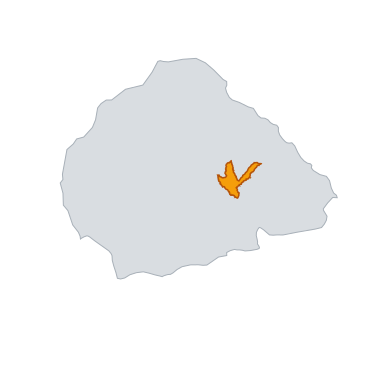 Tambores, Paysandú, Uruguay (highlighted), rotated 125°
{"feature_id": "84410073B26117167453327", "entity_name": "Tambores", "entity_type": "district", "adm_level": 2, "iso_a3": "URY", "parent_name": "Uruguay", "parent_adm1": "Paysandú", "projection": "natural_earth1", "projection_center": [-56.592, -32.019], "detail": "fine", "context": "in_parent", "style": "filled", "palette": "amber", "viewbox_px": 384, "rotation_deg": 125, "n_neighbors": 0, "source": "geoboundaries", "source_scale": "gbopen_adm2", "svg_char_len": 7010}
<svg xmlns="http://www.w3.org/2000/svg" viewBox="0 0 384 384"><g transform="rotate(125 192 192)"><path d="M294.5,256.4L292.4,258.3L290.1,262.0L287.4,270.8L278.4,283.0L276.6,289.8L267.0,297.0L260.2,305.1L255.8,304.9L251.8,308.3L228.9,318.8L220.8,316.8L214.7,316.9L209.1,312.2L196.2,310.6L188.2,312.4L177.3,317.5L174.1,317.4L171.7,317.2L165.9,315.0L162.7,310.6L146.0,305.4L132.6,293.6L116.8,293.4L104.6,294.9L102.7,293.4L101.5,290.3L99.0,286.0L88.5,275.6L80.2,265.3L78.5,255.2L79.6,244.1L82.0,231.1L81.6,227.0L84.6,224.7L87.6,224.2L90.5,220.8L93.1,215.7L93.5,211.8L91.5,204.7L90.0,194.7L88.3,189.7L91.6,181.8L91.8,178.0L89.8,174.6L89.3,171.2L90.2,167.6L90.0,164.2L88.7,160.9L89.6,158.2L92.7,156.1L95.0,152.8L96.5,148.4L97.2,145.0L97.3,142.7L96.3,140.5L94.4,138.4L95.3,134.3L98.9,128.1L101.3,122.7L102.3,117.9L102.2,114.0L101.0,111.1L101.5,109.1L103.8,108.1L104.8,105.0L104.4,97.3L102.1,90.9L103.8,85.9L108.9,80.1L111.6,75.4L111.8,71.8L113.4,69.8L115.8,73.6L123.1,74.6L130.4,74.8L131.6,73.8L134.4,67.5L138.2,65.7L142.3,65.2L146.8,65.5L151.6,69.7L165.2,83.4L175.1,92.9L178.1,97.4L180.8,100.7L182.7,103.9L181.9,112.0L182.0,115.5L182.5,116.6L184.7,116.7L188.1,116.1L190.9,114.3L193.2,111.7L195.3,109.6L197.1,108.5L197.7,106.7L198.7,105.0L199.8,104.6L201.7,105.9L206.4,110.5L209.9,114.8L210.8,117.3L212.2,119.9L213.7,122.1L214.7,124.3L218.2,127.1L221.7,128.9L224.1,127.1L230.1,133.0L243.3,137.9L245.7,140.9L248.0,145.1L252.6,151.5L258.9,157.3L264.1,159.8L269.0,161.1L271.8,162.4L273.6,164.6L276.7,167.0L278.5,167.9L279.2,170.0L281.1,174.7L283.1,180.6L285.3,186.1L290.0,191.3L295.4,195.4L301.0,197.8L304.2,200.6L305.5,203.6L301.7,208.0L297.5,213.6L293.8,218.0L290.0,221.0L288.8,223.1L287.9,226.4L287.8,243.7L287.5,250.1L287.7,251.8L288.2,253.0L290.6,254.7L293.4,256.1L294.5,256.4Z" fill="#d9dde1" stroke="#a8b0b8" stroke-width="1"/><path d="M163.5,180.6L163.8,180.2L164.2,179.9L164.4,179.5L164.7,179.2L164.8,179.1L165.1,179.1L165.4,178.8L165.5,178.7L165.8,178.4L165.9,178.1L166.1,178.0L166.2,177.8L166.3,177.7L166.5,177.7L167.0,177.2L166.9,176.9L167.1,176.7L167.4,176.6L167.7,176.4L167.8,175.8L167.9,175.5L167.9,175.3L167.7,175.1L167.7,174.9L167.9,174.8L167.9,174.4L168.1,174.2L168.3,174.0L168.3,173.8L168.4,173.6L168.5,173.5L168.7,173.4L168.8,173.3L169.1,173.5L169.1,173.4L169.3,173.3L169.3,173.2L169.3,172.9L169.3,172.6L169.3,172.3L169.3,172.2L169.5,172.1L169.5,171.8L169.5,171.7L169.5,171.2L169.8,170.9L170.0,170.6L170.2,170.0L170.3,169.9L170.3,169.7L170.0,169.7L169.6,169.3L169.5,169.2L169.4,169.1L169.3,168.9L169.2,168.7L169.2,168.4L169.3,168.0L169.7,167.8L169.8,167.6L169.8,167.4L169.8,167.1L170.1,166.2L170.2,165.8L170.2,165.7L170.1,165.2L169.8,164.5L169.8,164.3L169.9,164.2L169.9,163.8L170.0,163.4L170.2,163.2L170.3,163.0L170.4,162.9L170.5,162.8L170.6,162.1L170.4,161.8L170.4,161.6L170.8,161.2L170.9,160.9L171.0,160.8L171.1,160.7L171.3,160.8L171.3,160.7L171.4,160.4L172.0,159.8L172.2,159.7L172.2,159.0L172.4,158.6L172.3,158.4L172.2,158.4L172.1,158.2L171.9,158.2L172.0,158.0L172.0,157.9L171.7,157.3L171.6,157.2L171.2,157.1L171.1,156.9L171.1,156.6L171.1,156.3L170.9,156.2L170.8,155.8L170.8,155.7L171.0,155.3L170.8,155.1L170.9,154.9L171.0,154.7L171.1,154.4L171.1,153.8L171.2,153.5L171.4,153.5L171.3,153.4L171.1,153.1L171.2,152.7L171.2,152.4L171.1,152.2L171.1,151.8L170.9,151.6L170.9,151.4L170.7,151.4L170.4,151.2L170.3,151.3L169.6,151.3L167.9,151.7L167.4,152.0L167.1,152.3L166.6,152.5L166.1,152.7L165.9,152.8L165.7,153.0L166.0,154.1L165.9,154.3L165.7,154.4L165.3,154.8L164.8,156.0L164.5,156.0L163.8,156.3L163.2,158.2L162.3,158.2L162.1,157.7L161.5,157.6L160.7,157.6L160.1,157.6L159.9,157.7L159.6,157.6L159.5,157.2L159.4,157.0L159.4,156.9L159.3,157.0L159.2,157.1L158.7,157.2L157.9,156.7L157.7,156.6L157.4,156.1L157.1,156.1L156.4,156.6L156.1,156.5L155.8,156.5L155.8,156.4L155.6,156.4L155.5,156.5L155.3,156.4L155.0,156.2L154.6,156.2L154.1,155.7L153.9,155.8L153.5,156.1L153.1,156.0L152.9,155.8L152.6,155.7L152.4,155.3L152.3,155.2L152.2,155.1L151.9,155.0L151.7,155.0L151.5,154.9L151.4,154.7L151.2,154.4L150.9,154.4L150.7,154.6L150.3,155.0L150.1,154.8L149.7,154.2L149.4,154.0L149.3,153.8L149.3,153.7L149.2,153.6L148.9,153.7L148.7,153.6L148.4,153.5L148.2,153.6L147.9,153.6L147.7,153.5L147.4,153.4L147.2,153.3L146.9,153.3L146.9,153.2L146.8,153.3L146.7,153.2L146.7,153.3L146.4,153.5L146.1,153.5L145.7,153.6L145.4,153.8L145.2,153.9L144.9,153.9L144.7,154.1L144.5,154.3L144.3,154.5L144.0,154.7L143.8,154.6L143.5,154.7L143.4,154.7L143.2,154.6L142.8,154.7L142.4,154.7L142.1,154.3L141.9,154.4L141.6,154.2L141.2,154.3L140.8,154.1L140.6,153.9L140.5,153.7L140.4,153.6L139.8,153.6L139.3,153.5L138.9,153.5L138.6,153.5L138.1,153.8L137.6,153.9L137.2,153.8L136.6,153.7L136.2,153.7L135.9,153.7L135.6,153.7L135.4,153.6L135.1,153.4L134.9,153.3L134.7,153.3L134.3,153.5L134.1,153.5L133.9,153.6L133.5,153.6L133.2,153.6L132.9,153.4L132.6,153.4L132.5,153.2L132.1,152.9L131.8,152.7L131.7,152.5L131.7,152.4L131.2,152.4L130.7,152.4L130.2,152.3L129.9,152.1L129.7,151.7L129.2,151.7L129.4,152.1L129.6,152.4L129.8,152.7L130.1,152.8L130.3,153.2L130.3,153.6L130.6,154.1L130.7,154.4L130.6,154.7L130.5,155.0L130.5,155.5L130.7,155.8L131.4,156.6L131.6,156.9L132.3,157.5L132.3,157.9L133.3,157.9L136.1,158.9L137.4,158.7L139.7,159.3L141.5,159.1L142.3,158.8L144.1,158.8L145.5,159.3L146.4,159.0L147.7,159.3L149.3,160.0L149.6,159.7L150.5,159.4L152.3,160.0L154.6,159.9L156.0,159.9L156.1,160.2L156.2,160.4L156.1,160.9L156.2,161.2L156.1,161.5L156.2,161.9L155.9,162.1L155.9,162.3L155.7,162.5L155.5,162.8L155.3,162.9L154.8,164.2L154.7,164.3L154.4,164.2L154.0,164.7L154.0,165.3L153.8,165.4L153.6,165.6L153.6,166.3L153.1,166.9L152.9,167.0L152.7,167.2L152.6,167.7L152.4,168.0L152.4,168.4L152.1,168.7L152.2,169.2L152.1,169.3L151.7,169.6L151.2,170.1L150.8,170.1L150.5,170.1L150.3,170.5L150.2,170.7L150.5,171.1L150.5,171.3L150.4,171.4L150.3,171.5L149.9,171.5L149.6,171.9L149.5,172.1L149.2,172.1L149.0,171.9L148.8,172.0L148.6,172.1L148.5,172.4L148.4,172.7L147.7,173.4L147.5,173.5L147.3,173.6L147.2,173.9L147.0,174.2L146.7,174.5L146.6,174.8L146.6,175.1L146.5,175.3L146.3,175.4L146.1,175.4L146.0,175.8L145.8,176.0L145.3,176.3L145.3,176.7L145.2,177.0L144.8,177.1L144.6,177.2L144.5,177.5L144.4,177.6L144.1,177.8L144.4,178.0L144.6,178.0L145.1,177.7L145.5,177.6L145.7,177.8L145.8,178.2L146.2,178.4L146.5,178.2L146.9,178.3L147.0,178.7L147.6,179.4L148.0,179.6L148.3,179.5L148.9,179.5L149.4,179.8L150.2,179.6L150.6,179.5L151.2,178.9L151.3,178.4L151.7,178.2L152.4,178.3L152.6,178.2L152.8,178.0L153.1,177.7L153.8,177.7L153.9,177.2L154.1,177.0L154.4,177.1L154.5,177.0L154.6,176.7L155.0,176.5L155.1,176.1L155.3,176.1L155.6,176.3L155.9,176.3L156.1,176.0L156.5,176.2L157.6,175.8L157.9,175.5L158.0,174.8L158.6,174.1L158.5,173.6L158.7,173.1L159.3,172.9L159.8,172.8L160.4,173.0L160.9,173.0L161.2,173.4L161.3,173.6L161.7,173.9L161.9,174.2L162.3,174.4L162.4,174.6L162.6,174.7L162.7,174.9L163.0,175.4L163.0,175.9L163.1,176.1L163.1,176.4L162.9,176.5L163.6,178.5L163.1,178.7L163.2,179.2L162.7,179.4L163.1,180.3L163.4,180.4L163.5,180.6Z" fill="#f59e0b" stroke="#b45309" stroke-width="1.5"/></g></svg>